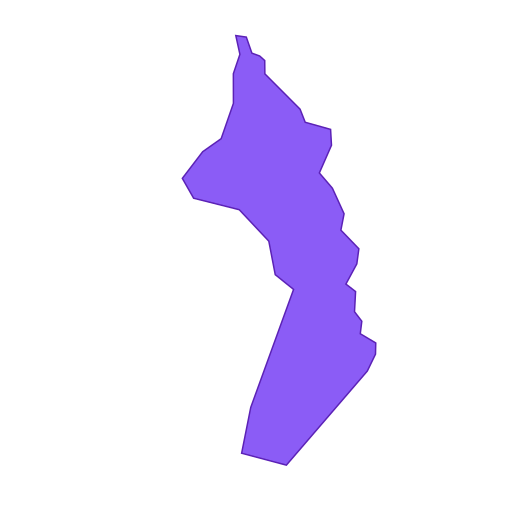 Gogrial East, Warrap, South Sudan (Mercator projection), rotated 132°
{"feature_id": "79223893B33443861604681", "entity_name": "Gogrial East", "entity_type": "district", "adm_level": 2, "iso_a3": "SSD", "parent_name": "South Sudan", "parent_adm1": "Warrap", "projection": "mercator", "projection_center": [28.468, 8.516], "detail": "fine", "context": "isolated", "style": "filled", "palette": "violet", "viewbox_px": 512, "rotation_deg": 132, "n_neighbors": 0, "source": "geoboundaries", "source_scale": "gbopen_adm2", "svg_char_len": 635}
<svg xmlns="http://www.w3.org/2000/svg" viewBox="0 0 512 512"><g transform="rotate(132 256 256)"><path d="M267.0,96.3L249.0,101.5L240.5,108.8L244.0,126.5L233.7,133.7L231.5,145.5L215.8,158.2L216.7,170.4L194.4,175.8L181.8,184.4L180.0,210.2L165.7,218.8L154.5,244.6L151.9,264.5L123.2,274.0L112.0,285.3L123.7,308.9L117.4,321.5L114.7,371.3L104.9,380.3L104.9,387.1L108.0,394.8L99.8,409.7L105.7,418.5L116.9,402.9L135.7,394.8L157.7,374.9L192.1,360.4L214.1,365.4L247.6,362.7L254.8,341.0L232.8,299.4L236.4,256.4L257.0,229.2L255.7,205.7L372.0,158.6L412.2,134.7L391.1,93.5L267.0,96.3Z" fill="#8b5cf6" stroke="#5b21b6" stroke-width="1.5"/></g></svg>